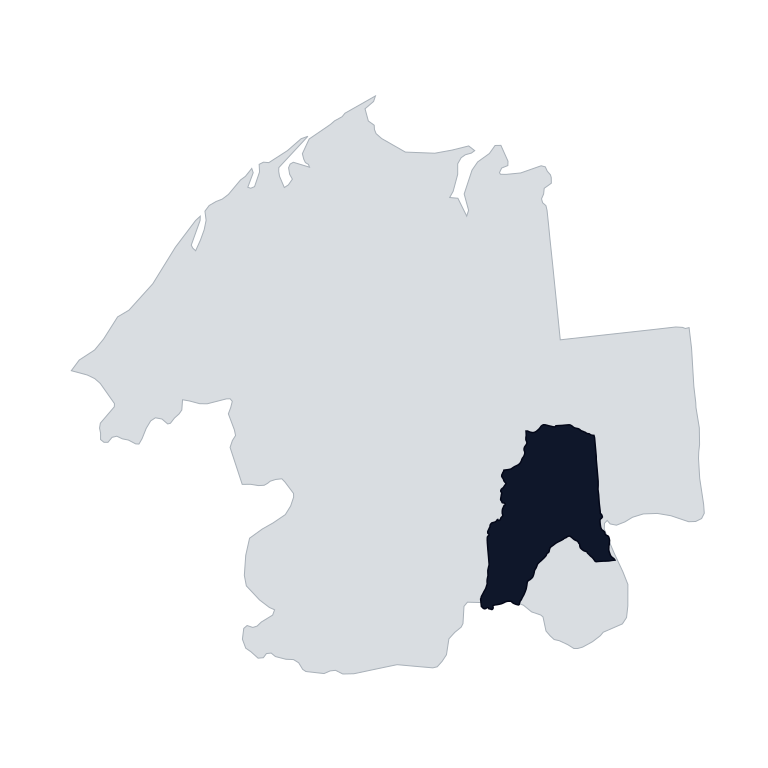 location of Ivindo, Ogooué-Ivindo, Gabon, rotated 84°
{"feature_id": "22940354B21315660080276", "entity_name": "Ivindo", "entity_type": "district", "adm_level": 2, "iso_a3": "GAB", "parent_name": "Gabon", "parent_adm1": "Ogooué-Ivindo", "projection": "mercator", "projection_center": [13.138, 0.623], "detail": "fine", "context": "in_parent", "style": "filled", "palette": "ink", "viewbox_px": 768, "rotation_deg": 84, "n_neighbors": 0, "source": "geoboundaries", "source_scale": "gbopen_adm2", "svg_char_len": 7988}
<svg xmlns="http://www.w3.org/2000/svg" viewBox="0 0 768 768"><g transform="rotate(84 384 384)"><path d="M553.3,88.4L552.8,95.4L545.0,112.4L541.3,125.6L540.3,139.6L542.5,150.8L546.3,158.8L548.7,167.6L546.8,173.7L543.0,176.3L545.6,179.3L551.4,180.1L561.2,177.4L576.2,172.8L595.9,166.0L608.8,162.4L630.2,164.7L641.6,167.2L647.5,172.0L653.8,192.0L656.9,195.1L662.1,203.6L666.4,213.9L667.3,219.1L666.9,222.8L662.5,228.4L657.6,236.5L655.9,241.5L651.8,245.1L646.6,248.7L632.3,250.2L630.1,252.3L626.1,261.0L618.6,268.4L615.2,275.3L612.1,284.6L612.7,296.1L611.2,312.6L609.7,323.8L613.5,327.7L630.5,330.5L633.9,332.7L638.4,339.6L644.2,346.1L659.8,350.2L665.9,355.2L670.8,360.6L671.4,365.1L667.9,383.1L664.5,400.3L665.8,413.4L667.1,426.0L669.0,444.2L668.1,455.3L663.7,462.1L663.7,467.5L665.7,473.9L661.8,491.7L659.3,494.7L652.3,498.0L648.6,502.8L647.5,510.3L643.7,520.5L639.8,524.3L639.8,529.1L643.6,532.6L643.5,537.9L636.5,544.2L632.3,549.1L623.0,551.5L612.4,549.0L609.9,545.4L612.4,539.9L611.5,535.5L607.9,530.9L602.2,518.9L597.1,516.4L594.3,521.3L585.7,530.4L570.4,542.0L559.7,542.9L539.9,539.4L523.3,533.8L515.5,520.2L510.6,508.9L503.6,495.8L495.6,489.6L487.1,485.7L483.4,485.4L471.2,492.7L467.6,495.5L467.6,501.7L468.8,507.4L470.6,510.1L472.2,513.8L471.9,519.5L469.8,527.1L469.0,535.5L431.0,543.7L424.4,540.7L419.7,537.0L413.9,537.6L397.4,541.9L391.4,538.9L385.4,536.7L382.6,538.6L382.3,542.2L385.2,561.9L384.3,569.4L380.5,579.3L378.6,586.0L388.7,587.8L392.3,590.9L395.9,595.9L400.7,600.5L401.1,603.3L395.6,608.5L393.7,614.9L396.3,619.9L403.2,625.1L413.2,630.4L418.1,634.0L417.6,637.2L413.0,644.1L411.2,649.9L408.0,655.2L408.6,660.0L413.1,664.6L412.7,668.6L409.6,671.7L403.4,671.0L398.1,671.5L393.3,670.2L378.5,654.6L375.3,654.1L353.8,666.1L348.4,671.1L344.0,678.2L338.1,693.6L328.3,684.6L319.9,668.2L310.0,658.2L289.4,641.9L283.9,629.9L260.2,603.5L226.2,577.2L201.7,554.3L197.9,549.2L202.1,549.8L225.8,561.2L229.0,559.9L231.8,557.4L221.5,551.4L211.8,546.7L202.6,543.8L193.4,544.0L188.2,539.2L184.9,531.8L183.2,525.5L179.2,518.9L166.1,505.4L163.0,500.1L155.8,493.0L160.2,492.0L174.1,498.9L175.4,496.1L174.2,492.1L160.1,485.6L152.5,485.2L150.8,480.7L151.8,475.4L141.8,455.6L131.4,440.8L129.7,433.8L157.8,466.0L161.6,466.5L166.5,466.2L178.2,462.6L176.0,458.3L170.7,453.7L165.6,455.9L159.0,456.3L155.5,454.4L154.0,451.0L160.6,435.4L157.7,436.2L155.6,439.0L152.0,440.3L146.4,441.1L132.5,432.8L120.3,410.2L117.1,405.6L113.8,397.7L110.6,394.5L96.6,362.4L101.9,364.8L108.3,374.1L120.8,372.1L125.6,366.7L129.9,366.9L134.2,365.7L139.7,360.6L155.6,338.5L159.8,309.4L158.5,292.0L156.1,274.9L161.4,269.4L163.5,273.0L164.5,279.1L167.0,283.6L172.7,287.7L183.2,288.8L199.6,295.1L205.4,299.2L207.0,291.1L225.7,284.2L220.1,281.7L203.4,284.4L180.5,274.1L172.9,267.6L165.8,255.1L158.4,248.6L158.9,242.8L175.4,237.4L179.7,238.0L181.5,244.4L185.9,247.1L187.6,246.2L188.3,240.7L188.4,226.0L183.4,204.9L184.9,200.9L189.4,199.4L193.4,196.6L196.2,196.1L201.8,196.6L204.6,201.5L206.1,204.2L211.7,205.4L216.3,208.0L220.3,207.3L223.6,204.3L228.4,203.7L243.4,203.7L257.0,203.8L284.0,203.8L311.1,203.9L338.1,204.0L358.5,204.1L358.4,192.0L358.3,173.4L358.2,151.5L358.1,130.4L358.0,110.9L357.8,87.9L358.9,81.2L360.3,78.5L359.8,74.7L380.7,74.4L418.6,76.1L435.2,75.9L439.9,76.2L460.6,75.0L477.3,76.5L484.5,78.1L490.9,79.0L510.9,79.9L537.1,78.7L546.0,79.0L551.0,82.2L553.3,88.4Z" fill="#d9dde1" stroke="#a8b0b8" stroke-width="1"/><path d="M459.8,180.2L459.5,180.2L458.0,180.4L457.0,180.6L456.9,181.5L456.6,182.7L456.1,183.9L455.1,184.9L454.8,185.5L454.7,186.4L454.5,187.1L453.8,188.1L453.0,189.0L452.5,190.1L451.8,191.2L451.3,192.4L450.7,193.2L450.0,193.8L449.2,194.7L448.6,195.8L448.3,196.9L447.6,198.9L446.8,200.1L445.8,201.0L445.1,201.8L444.2,203.1L443.9,204.2L443.8,208.4L443.8,211.3L443.7,212.9L443.6,214.7L443.5,217.4L444.0,217.8L444.5,218.4L444.4,219.3L444.2,220.4L443.7,221.7L443.1,223.5L442.6,224.9L442.0,226.4L441.4,228.1L441.2,229.8L441.6,230.9L442.4,232.2L443.4,233.0L444.9,234.5L446.0,236.0L447.1,237.6L447.8,239.5L447.9,241.1L447.5,242.5L447.2,243.5L446.6,244.8L445.8,246.0L445.6,247.7L448.4,247.8L450.5,248.0L451.7,248.4L454.0,248.7L454.9,248.6L456.2,248.1L456.9,248.0L458.2,248.2L459.3,249.0L460.3,249.9L461.5,250.9L463.1,251.5L464.5,251.6L465.4,251.3L466.6,251.1L467.9,251.3L469.6,252.0L471.1,253.0L472.2,254.1L473.5,254.9L474.8,255.4L476.0,256.2L476.8,256.8L477.8,258.0L478.6,259.4L479.0,260.5L479.8,262.8L480.7,264.6L481.6,266.2L481.9,267.1L482.1,269.4L482.2,273.8L483.4,274.1L484.4,275.0L485.4,275.5L486.8,276.4L488.2,276.6L489.6,276.0L490.4,275.5L491.5,275.1L492.8,274.9L494.0,274.2L495.0,273.4L495.7,273.0L496.7,273.7L497.3,274.4L498.4,275.3L499.4,276.0L500.3,277.5L501.0,278.4L502.1,279.0L502.9,279.1L503.8,278.7L504.5,278.3L505.4,278.4L505.8,278.7L506.6,278.9L508.1,279.3L509.8,279.8L510.9,280.1L511.9,279.9L512.7,279.3L513.7,279.1L514.4,278.8L514.8,277.8L514.8,276.9L515.3,276.4L516.2,275.9L517.1,276.4L517.3,277.2L517.9,277.6L519.1,278.2L520.3,279.0L521.7,279.5L523.5,279.8L525.4,279.9L526.1,279.6L527.0,279.6L528.0,280.1L528.7,281.0L529.3,281.7L530.4,282.2L531.2,282.7L531.7,283.6L531.8,284.4L531.2,284.8L530.6,285.0L530.9,285.7L531.7,286.2L532.3,286.9L532.9,288.2L533.2,290.0L533.3,291.1L534.0,292.1L535.2,293.1L536.2,293.4L537.3,293.6L538.2,294.3L539.8,295.2L540.7,295.8L541.7,296.3L543.1,296.4L543.8,295.9L544.3,295.3L545.1,295.3L545.6,295.7L546.2,296.6L547.0,297.2L548.8,297.5L550.7,297.7L551.5,297.7L552.6,297.8L559.4,298.0L565.9,298.1L574.2,298.3L575.3,298.5L576.5,299.0L578.6,299.7L580.1,300.2L582.1,300.4L585.4,300.6L586.6,301.0L587.8,301.4L589.5,301.9L590.8,302.1L591.9,302.2L593.4,302.2L594.4,302.6L595.2,303.0L596.9,303.7L598.6,304.6L600.9,306.3L602.2,307.1L603.7,308.1L604.8,308.9L605.6,309.4L607.2,309.9L607.9,310.4L611.3,310.4L615.5,310.4L616.4,309.5L617.3,308.9L617.8,308.2L618.1,307.4L618.0,306.4L617.8,306.0L617.4,305.4L617.2,304.9L617.3,304.0L617.5,303.6L618.5,303.2L618.8,302.2L619.0,301.5L619.5,300.7L619.5,299.9L619.1,299.4L618.3,298.9L617.2,298.8L616.5,299.0L615.9,298.9L615.7,298.5L615.5,297.9L615.4,297.1L615.3,296.3L615.3,294.9L615.2,293.5L615.1,292.4L615.0,291.5L614.9,291.0L614.8,290.1L614.4,288.8L614.1,287.8L613.7,286.9L613.3,285.7L613.1,284.6L613.0,283.4L613.2,281.8L613.3,280.8L613.6,280.1L614.5,279.4L615.4,278.5L615.9,277.7L616.4,276.8L617.0,275.6L617.6,274.0L617.9,272.8L618.0,272.8L616.3,272.2L614.2,271.3L612.9,270.0L611.0,268.9L608.2,266.9L605.3,265.3L602.6,264.0L599.2,263.0L596.7,262.4L595.4,261.9L594.6,260.9L593.7,259.0L592.5,257.3L591.5,256.3L590.3,255.6L588.7,254.9L587.0,254.3L585.5,253.9L584.3,253.2L583.0,252.1L581.4,251.2L580.1,250.6L578.8,249.8L577.0,247.5L576.3,246.4L573.6,242.9L571.9,241.0L571.0,240.4L570.1,240.0L569.3,239.3L569.0,238.4L568.1,237.4L567.1,237.1L565.8,236.7L564.2,235.9L563.4,235.0L562.0,232.5L560.3,229.8L559.4,227.8L558.5,225.3L557.9,223.7L557.1,221.9L556.4,221.0L555.7,218.7L555.1,217.9L554.6,216.4L554.6,215.3L555.3,214.3L556.6,213.0L557.9,211.8L558.8,210.9L559.5,209.8L560.2,208.5L560.8,207.8L562.0,207.2L562.8,206.9L563.1,206.5L563.8,206.2L565.7,206.2L567.4,205.9L569.0,204.6L570.1,203.5L570.9,202.4L571.5,201.0L571.8,200.3L572.3,199.6L573.4,199.3L574.4,198.4L575.4,197.6L576.6,196.7L578.2,195.1L579.6,194.1L581.0,193.3L582.2,192.7L582.9,191.7L582.9,190.2L582.9,188.7L583.0,186.6L583.1,184.2L583.3,182.1L583.5,178.8L583.3,175.6L583.3,172.7L583.0,172.8L581.7,173.6L580.6,174.8L579.7,175.7L578.3,176.6L575.6,177.3L573.8,177.7L572.0,177.8L570.2,177.5L568.9,177.4L567.2,176.8L565.7,176.5L564.7,176.3L563.2,176.0L561.9,176.1L559.9,176.4L558.8,176.9L558.2,177.7L557.8,178.5L557.1,179.4L556.3,179.8L555.3,179.9L554.4,180.0L553.8,180.4L552.6,181.5L552.0,182.3L551.1,182.9L549.9,183.3L548.7,183.5L545.8,183.6L544.0,183.6L541.7,183.4L541.0,182.9L540.6,182.3L540.3,181.7L539.6,181.2L539.1,180.7L537.2,181.0L536.0,181.7L535.2,182.4L533.2,182.3L524.9,182.4L516.5,182.1L511.1,182.2L507.1,181.6L503.0,181.2L488.7,180.9L481.2,180.8L478.3,180.5L472.1,180.4L465.3,180.3L459.8,180.2Z" fill="#0f172a" stroke="#020617" stroke-width="1.5"/></g></svg>